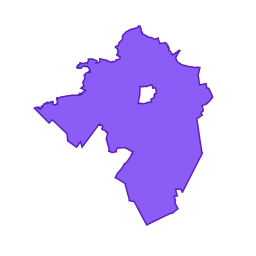 Alojas pag., Alojas, Latvia (orthographic projection), rotated 260°
{"feature_id": "27541924B87659249854231", "entity_name": "Alojas pag.", "entity_type": "district", "adm_level": 2, "iso_a3": "LVA", "parent_name": "Latvia", "parent_adm1": "Alojas", "projection": "orthographic", "projection_center": [24.883, 57.791], "detail": "fine", "context": "isolated", "style": "filled", "palette": "violet", "viewbox_px": 256, "rotation_deg": 260, "n_neighbors": 0, "source": "geoboundaries", "source_scale": "gbopen_adm2", "svg_char_len": 5689}
<svg xmlns="http://www.w3.org/2000/svg" viewBox="0 0 256 256"><g transform="rotate(260 128 128)"><path d="M143.8,216.8L145.5,216.4L147.9,215.8L149.0,215.4L153.0,214.5L153.7,212.5L154.5,212.6L158.2,212.5L157.9,206.1L161.7,206.0L164.3,206.2L167.9,206.3L172.5,208.2L175.1,209.3L175.9,206.3L175.7,205.6L175.9,204.9L176.2,203.8L176.8,202.3L178.0,198.2L178.8,196.8L180.7,192.3L182.9,189.9L184.4,188.3L185.0,188.0L186.7,187.5L188.3,187.2L188.6,187.1L191.0,188.6L194.1,191.4L195.2,192.6L195.6,192.3L195.3,191.3L193.4,187.2L193.2,187.5L192.6,185.3L192.4,185.0L192.2,184.7L193.4,184.3L193.5,184.0L193.7,183.6L194.1,183.5L194.3,183.6L194.7,183.4L195.4,183.3L196.3,182.9L196.8,182.5L197.2,181.6L197.5,181.4L199.1,182.4L199.5,182.5L199.9,182.2L200.2,181.5L200.6,181.4L200.7,181.2L201.0,181.1L201.1,181.4L201.7,181.9L201.9,181.9L202.0,181.7L203.1,180.9L203.8,180.9L205.4,180.0L205.6,178.4L205.4,176.6L205.8,175.4L205.6,174.0L208.7,173.5L209.1,173.4L211.4,173.3L210.7,169.8L213.1,166.6L213.3,165.1L213.4,164.9L216.0,161.4L218.3,158.7L218.8,158.1L219.5,158.7L220.1,158.6L220.9,157.6L222.4,158.1L226.3,157.5L226.7,156.0L225.4,155.4L224.9,151.8L224.7,149.6L224.7,147.7L224.2,146.2L223.7,145.2L223.7,144.9L223.0,142.8L220.4,139.4L219.6,138.6L217.6,138.1L217.0,138.1L216.8,138.2L216.6,138.2L216.2,137.8L216.0,137.6L214.1,134.9L214.1,134.5L213.2,133.9L212.0,133.3L211.4,133.1L210.8,132.0L210.8,131.5L210.7,130.9L210.5,130.6L210.2,130.2L210.0,129.6L209.7,129.6L209.2,130.1L208.4,130.7L208.2,131.2L208.0,131.4L207.1,131.5L206.0,131.1L205.8,131.1L205.4,131.4L204.9,131.9L204.5,132.0L204.0,131.2L203.0,131.1L202.9,131.1L202.6,129.9L202.5,129.6L201.9,129.6L200.9,130.6L200.7,131.5L200.4,131.6L199.9,131.4L199.7,131.6L199.7,132.1L199.6,132.5L199.4,132.5L198.6,132.5L197.9,132.4L197.7,131.7L197.1,130.7L197.0,130.1L197.4,128.9L197.4,128.6L197.3,128.4L196.3,127.6L195.9,126.8L195.8,126.5L195.8,125.7L196.1,125.0L196.1,124.7L196.2,124.3L196.1,124.0L195.8,123.5L195.7,122.6L197.7,119.6L198.3,119.0L200.1,114.4L201.1,112.4L197.9,111.7L197.6,108.0L198.3,108.7L199.8,109.0L200.3,108.1L200.9,106.8L202.1,105.2L202.7,101.4L202.7,100.9L201.9,101.1L201.6,101.1L200.8,100.3L199.8,99.7L199.0,99.1L199.6,97.8L199.4,96.4L199.1,95.9L199.3,95.0L199.8,94.1L199.5,93.5L200.6,92.2L199.0,91.3L198.8,89.9L197.8,89.1L197.7,88.8L197.4,88.6L197.0,88.3L196.9,89.4L195.8,88.6L195.4,90.0L194.9,92.0L196.3,93.6L196.5,95.8L195.6,97.2L195.6,97.7L196.1,98.5L194.7,99.4L194.7,99.5L191.2,100.7L189.2,100.4L189.1,99.5L190.8,99.6L189.6,97.9L189.1,95.7L187.4,94.0L187.2,94.8L185.9,94.5L184.6,93.8L184.2,94.0L183.5,93.8L181.0,91.4L176.4,91.8L176.5,90.1L175.3,88.5L173.0,92.4L172.6,92.6L172.4,92.8L172.2,92.6L172.1,92.3L172.4,91.6L172.3,91.3L172.1,91.1L171.1,90.9L170.8,89.8L171.0,89.4L170.9,89.0L170.8,88.8L170.1,88.5L169.7,88.5L169.3,88.9L169.2,88.8L169.2,88.4L169.4,87.6L169.7,87.4L170.5,86.7L169.9,86.4L169.7,86.3L169.0,86.5L168.9,86.5L169.6,85.0L169.5,84.9L169.1,84.9L168.9,84.9L169.0,84.8L169.8,79.4L170.0,78.7L170.1,74.2L170.1,73.1L170.1,70.5L170.1,70.1L170.1,66.8L169.4,64.6L169.7,64.4L170.1,63.7L170.2,63.4L170.0,63.1L169.5,63.0L169.4,63.4L168.6,63.0L168.6,63.3L163.9,62.6L164.2,61.8L164.0,61.6L163.9,61.6L164.0,61.4L163.6,60.9L163.4,60.4L163.5,60.1L163.7,59.8L163.8,59.1L164.4,58.6L164.4,58.4L165.2,58.4L165.9,58.6L166.4,58.6L167.1,58.7L167.1,56.4L166.7,56.5L166.1,53.2L167.4,53.4L166.8,51.2L166.4,50.6L166.2,50.5L166.3,50.3L166.2,50.1L166.2,49.7L166.3,49.5L166.3,49.3L166.2,49.2L165.2,48.6L164.1,47.8L164.1,47.7L164.6,46.7L164.1,46.6L163.9,46.8L163.8,47.1L163.6,47.4L163.3,47.1L163.4,46.4L163.4,46.0L163.3,45.8L163.1,45.7L162.6,45.4L162.3,45.0L162.2,45.0L161.9,45.5L161.7,45.4L161.6,45.1L161.6,44.9L161.7,44.7L162.1,44.4L162.5,43.7L162.8,43.4L163.1,43.5L163.4,44.0L163.5,44.1L163.8,44.1L164.1,43.7L164.2,43.3L163.8,42.8L163.8,42.5L163.6,42.1L164.1,42.0L164.3,41.7L164.3,40.8L164.1,40.5L163.9,40.0L163.8,39.2L146.6,51.2L149.2,54.7L147.2,56.4L145.6,57.6L136.8,64.1L133.0,66.9L125.7,66.4L125.2,67.0L118.0,74.0L122.7,78.9L117.2,79.5L131.4,94.5L136.6,100.0L136.5,101.1L135.6,100.6L135.1,102.9L133.7,103.4L132.4,102.3L131.7,101.9L130.4,103.2L129.6,105.0L127.3,106.0L127.2,107.0L126.5,107.3L121.3,104.7L110.9,105.7L110.2,105.7L108.3,105.0L107.6,106.7L107.6,106.9L106.6,108.0L106.7,112.5L108.3,112.4L110.0,114.0L109.5,119.3L109.5,120.3L109.0,121.5L107.9,123.4L106.3,125.2L104.6,127.3L104.0,128.7L101.6,127.0L101.6,127.6L100.8,127.0L94.4,120.6L93.8,119.8L93.4,118.8L93.6,118.5L90.4,115.9L88.5,113.9L87.5,112.5L86.3,111.3L85.4,109.9L81.5,107.0L81.4,106.9L81.3,107.0L81.2,106.9L80.6,107.9L73.9,115.5L73.9,115.4L71.1,115.6L56.9,116.9L56.6,116.9L56.3,116.6L56.2,116.8L54.4,121.4L29.3,129.5L29.7,131.1L30.5,133.6L32.0,138.9L32.9,142.2L33.6,144.2L36.0,152.9L35.9,152.9L36.5,154.9L36.7,155.6L36.4,157.0L37.3,158.7L37.8,159.2L39.8,163.2L46.6,161.1L47.5,161.8L48.2,162.1L53.0,161.7L52.5,164.7L59.1,164.1L59.0,168.0L58.2,169.2L57.3,170.0L55.4,170.2L55.5,170.6L86.8,194.2L87.1,194.5L90.2,196.7L90.4,196.7L91.0,197.0L91.3,196.5L101.4,196.7L121.3,197.3L125.2,197.3L126.9,201.5L127.9,203.5L129.5,202.2L131.1,203.3L131.1,204.4L131.7,204.9L133.2,205.2L137.2,204.7L138.0,209.5L140.3,212.9L142.6,215.6L143.8,216.8ZM157.5,145.0L159.4,145.4L159.7,145.5L164.5,146.6L166.8,147.0L166.5,147.9L166.4,148.1L166.1,149.1L166.0,149.9L166.0,150.2L166.1,150.4L165.9,153.0L165.6,153.3L166.2,157.3L166.5,158.9L165.2,159.2L162.9,159.3L163.0,160.5L162.9,161.8L160.2,162.3L159.8,162.3L159.7,162.2L159.0,162.2L157.2,162.0L157.3,160.9L157.2,160.6L156.9,160.7L156.5,159.7L153.3,158.9L152.3,155.6L149.6,155.7L149.8,152.8L149.6,152.6L149.7,152.2L149.1,147.5L150.6,143.4L150.2,143.2L150.1,142.4L151.0,142.3L155.6,144.1L157.5,145.0Z" fill="#8b5cf6" stroke="#5b21b6" stroke-width="1.5"/></g></svg>